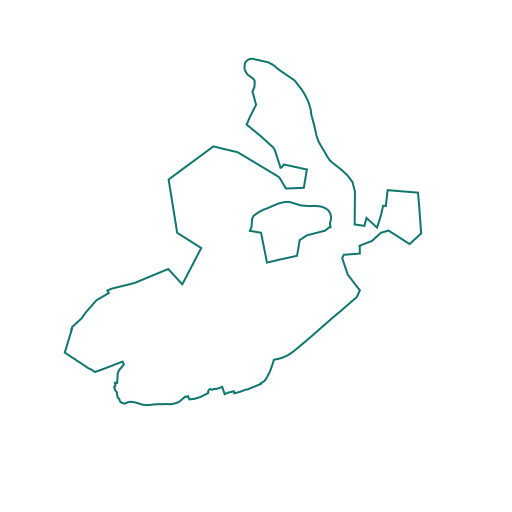 Staicele, Alojas, Latvia, rotated 291°
{"feature_id": "27541924B49532030133644", "entity_name": "Staicele", "entity_type": "district", "adm_level": 2, "iso_a3": "LVA", "parent_name": "Latvia", "parent_adm1": "Alojas", "projection": "albers", "projection_center": [24.758, 57.834], "detail": "fine", "context": "isolated", "style": "outline", "palette": "teal", "viewbox_px": 512, "rotation_deg": 291, "n_neighbors": 0, "source": "geoboundaries", "source_scale": "gbopen_adm2", "svg_char_len": 3735}
<svg xmlns="http://www.w3.org/2000/svg" viewBox="0 0 512 512"><g transform="rotate(291 256 256)"><path d="M288.6,337.6L295.5,352.1L301.7,349.6L302.6,349.0L311.7,358.9L322.4,364.3L324.8,367.4L327.2,370.5L325.2,380.6L323.1,390.7L322.2,395.1L336.2,402.1L359.9,391.0L360.1,391.0L361.0,390.5L361.9,390.0L369.4,386.4L373.2,384.5L365.3,357.6L365.0,356.5L364.6,355.3L356.9,357.3L349.1,359.3L348.8,358.0L348.4,356.7L344.6,357.2L340.7,357.8L339.6,358.0L338.4,358.1L332.0,358.5L325.9,358.8L331.1,345.5L323.0,346.4L320.8,336.8L351.6,325.3L359.7,319.5L364.2,312.2L367.3,304.3L370.7,293.3L371.8,290.5L374.8,286.3L377.3,283.4L382.4,276.8L385.5,273.2L389.7,269.6L398.4,263.8L407.6,257.1L412.8,254.3L416.7,251.2L419.1,249.2L423.8,244.2L427.6,239.3L433.7,229.2L437.9,211.5L438.8,208.4L440.0,205.4L440.7,202.4L441.2,197.8L438.8,181.8L438.1,180.3L436.8,178.7L435.7,177.9L433.2,176.6L431.2,176.8L430.3,177.0L427.5,177.8L425.6,178.9L424.1,180.7L423.3,181.7L422.3,183.2L420.4,190.0L419.6,191.2L419.1,191.8L417.7,192.6L413.1,194.0L412.6,193.9L411.1,193.9L408.4,193.7L397.2,201.9L384.0,200.5L378.6,200.3L376.4,200.3L375.3,200.2L369.8,216.9L363.5,233.2L361.7,235.6L347.2,247.3L348.0,248.3L349.1,248.6L351.4,249.2L355.0,272.5L336.8,276.2L329.7,259.7L336.5,251.2L336.9,250.7L337.9,249.0L338.0,248.7L341.7,228.1L346.3,201.6L343.9,184.0L343.1,177.0L296.1,147.0L283.2,154.5L282.7,154.8L249.4,174.1L245.7,192.8L245.5,193.6L244.7,197.8L243.8,202.0L234.2,200.9L224.6,199.8L217.5,199.0L210.4,198.2L203.1,197.3L206.4,190.8L206.9,189.9L212.4,178.7L193.7,159.0L192.9,158.2L187.7,152.7L186.2,150.8L184.9,148.9L173.8,133.0L170.5,129.6L168.7,131.9L164.5,128.5L157.5,122.9L142.6,117.4L135.5,115.6L129.8,112.8L124.1,109.9L122.7,109.9L121.3,109.9L121.4,110.1L121.5,110.4L109.4,111.2L97.3,112.1L97.2,112.6L91.1,140.1L91.1,142.1L90.0,147.3L96.6,154.8L102.6,161.6L103.4,162.3L109.6,169.3L108.5,170.4L107.4,171.5L104.1,170.4L100.8,169.2L97.1,168.9L91.0,170.9L87.7,171.8L87.1,169.7L84.6,171.3L82.8,170.5L81.3,171.8L80.0,172.9L79.0,174.8L76.6,176.2L75.7,176.7L74.4,177.4L73.7,179.3L71.5,181.2L71.0,183.0L70.8,183.6L71.1,186.4L73.5,188.7L74.9,191.0L75.7,193.7L76.1,197.2L76.6,203.7L77.5,207.0L78.7,209.8L80.1,212.4L82.2,216.8L83.6,220.5L85.2,224.2L87.2,229.8L88.3,231.7L91.0,235.3L93.0,236.9L97.9,239.5L99.7,240.6L99.5,241.5L99.6,242.0L100.2,242.5L100.7,242.8L98.2,245.1L98.5,245.7L100.5,249.6L104.6,254.8L110.9,260.5L112.5,259.8L114.4,260.1L115.2,260.7L115.4,261.5L115.3,262.6L115.4,263.0L115.6,263.4L116.7,264.0L117.0,264.8L117.5,266.3L118.9,268.1L119.1,268.7L121.7,271.3L115.8,276.3L117.9,278.4L119.1,279.9L121.8,283.8L120.0,284.9L121.0,286.3L121.9,287.6L123.6,289.8L125.4,291.9L126.5,293.1L127.6,294.4L128.3,295.8L138.2,306.3L138.4,306.1L138.6,305.9L139.5,306.6L140.4,307.3L141.4,308.0L142.4,308.7L143.9,309.1L145.4,309.5L149.1,309.9L152.7,310.4L154.4,310.4L156.1,310.4L160.8,310.2L165.5,309.9L167.0,312.1L168.3,314.3L169.2,315.3L170.2,316.7L172.6,319.2L174.6,321.1L176.8,322.8L179.5,324.6L182.3,326.3L184.9,327.8L191.5,331.4L197.4,334.7L198.0,335.0L227.4,350.5L232.6,353.4L233.7,354.1L252.9,364.3L253.4,364.6L253.9,364.8L261.1,365.3L271.5,348.3L284.9,337.2L288.6,337.6ZM282.4,291.9L278.8,292.7L270.9,294.2L268.4,290.4L267.7,289.4L264.1,283.9L262.3,281.1L262.0,280.7L253.8,268.6L279.5,252.4L278.4,246.8L277.3,241.2L281.2,241.5L289.0,239.1L292.6,239.3L298.1,243.0L302.4,246.9L304.8,249.7L308.3,253.2L312.9,258.0L315.9,262.2L317.5,265.3L318.5,268.1L319.3,280.0L321.9,288.5L324.1,293.5L325.4,298.7L325.6,301.8L325.2,304.8L324.6,307.0L323.5,308.8L321.5,310.7L319.0,312.2L318.2,312.5L315.3,313.1L313.2,313.3L310.5,314.7L309.6,315.2L309.2,314.3L305.9,312.3L304.5,311.5L295.4,298.8L293.3,295.9L286.5,291.1L285.7,291.3L282.4,291.9Z" fill="none" stroke="#0f766e" stroke-width="2"/></g></svg>